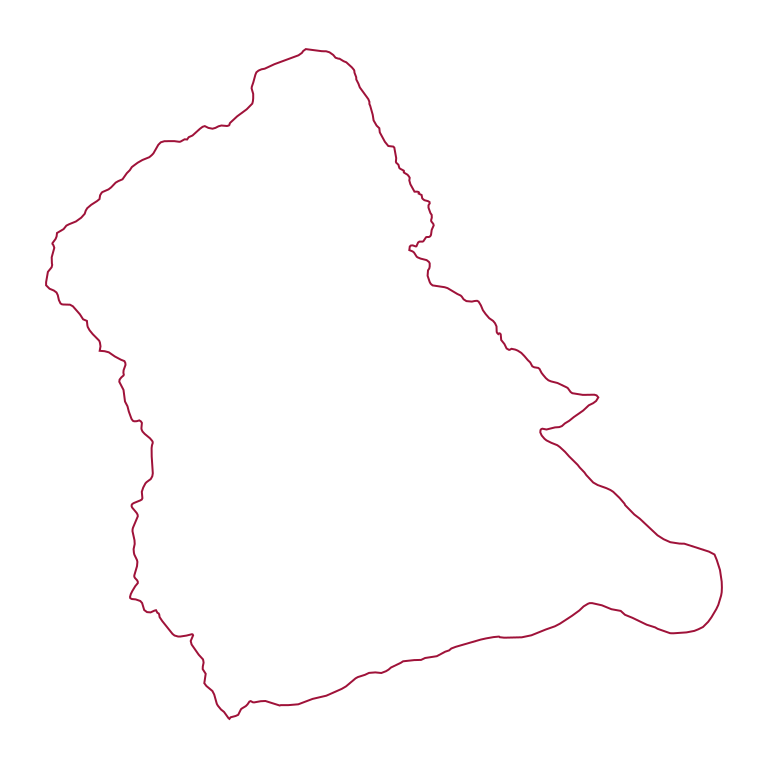 outline of Chinavita, Boyacá, Colombia
{"feature_id": "7082276B18189760139189", "entity_name": "Chinavita", "entity_type": "district", "adm_level": 2, "iso_a3": "COL", "parent_name": "Colombia", "parent_adm1": "Boyacá", "projection": "mercator", "projection_center": [-73.337, 5.21], "detail": "fine", "context": "isolated", "style": "outline", "palette": "rose", "viewbox_px": 768, "rotation_deg": 0, "n_neighbors": 0, "source": "geoboundaries", "source_scale": "gbopen_adm2", "svg_char_len": 6049}
<svg xmlns="http://www.w3.org/2000/svg" viewBox="0 0 768 768"><path d="M670.1,633.2L673.2,633.3L686.5,632.4L694.3,630.9L698.3,629.3L703.0,627.0L708.2,621.8L711.5,617.2L716.3,609.1L718.3,604.9L721.1,595.6L721.7,592.2L721.9,587.5L721.7,581.7L720.0,570.1L716.8,560.1L714.5,554.5L708.9,551.6L684.3,543.7L679.6,543.6L670.3,542.2L663.6,539.2L657.5,535.3L639.8,518.7L634.3,514.5L625.1,505.1L624.5,503.7L619.7,498.1L613.2,491.8L610.4,490.0L606.5,488.2L597.8,485.1L593.2,482.5L586.3,475.1L584.4,472.4L579.8,467.6L577.7,464.9L569.1,456.4L565.1,451.9L559.8,447.0L557.3,445.2L551.3,442.8L546.5,440.4L544.5,438.8L541.7,435.5L540.3,432.4L540.5,430.1L541.3,429.1L542.4,428.7L546.5,429.5L555.0,427.4L559.2,427.1L561.9,426.1L564.9,423.4L569.2,420.8L573.9,417.0L583.1,410.6L588.8,405.3L593.1,403.2L596.1,401.0L598.3,397.4L596.6,395.4L594.3,394.7L582.9,394.9L572.3,393.2L570.6,392.0L567.8,388.1L566.7,387.4L557.5,383.0L551.1,381.4L548.4,380.3L545.9,378.2L543.2,375.0L541.5,372.8L539.5,368.9L538.2,367.9L534.3,367.3L532.3,366.3L530.2,362.4L527.8,360.1L524.5,356.2L521.3,352.9L517.7,350.6L515.3,349.6L511.5,348.8L509.7,349.8L508.9,349.8L506.6,348.5L504.4,344.0L501.2,340.0L500.7,334.3L499.7,333.3L499.1,333.3L498.3,334.1L497.2,333.0L496.7,331.9L496.5,326.4L495.0,323.2L493.1,320.9L489.2,318.2L485.6,314.0L482.9,310.2L480.9,305.4L478.6,301.6L477.1,300.8L474.6,301.0L471.9,301.6L466.4,301.1L463.6,299.3L461.7,296.5L460.6,295.5L457.4,294.0L447.5,288.1L444.6,287.2L432.6,285.4L430.7,283.8L429.7,282.0L427.6,275.8L428.0,270.4L429.3,268.4L429.7,266.5L429.7,263.4L429.0,262.0L426.6,260.1L420.6,258.6L417.7,257.4L416.7,256.7L414.0,252.5L412.6,251.4L409.3,250.1L409.8,246.5L410.9,245.5L412.8,245.4L415.6,246.4L416.4,246.3L418.1,242.5L419.4,241.6L422.6,241.6L423.4,241.2L426.0,237.3L426.8,237.0L428.9,237.0L430.2,236.3L431.0,234.9L431.7,229.9L433.7,225.4L433.3,223.9L431.3,221.4L431.1,220.1L431.8,217.7L431.7,214.9L430.4,213.0L428.5,207.7L428.5,205.3L429.7,203.4L429.5,202.0L427.9,201.1L424.4,200.2L422.7,198.9L422.2,198.2L421.6,195.0L418.7,193.6L419.1,192.8L418.6,192.0L417.3,191.7L414.5,191.7L410.4,184.3L409.3,180.4L409.7,177.8L408.9,176.4L407.5,174.7L404.0,172.6L403.7,172.0L404.0,171.1L403.7,170.6L400.1,168.7L399.3,167.9L398.4,164.7L396.2,162.7L395.9,161.8L396.2,158.1L394.3,147.6L393.3,146.6L388.3,146.0L384.9,141.8L379.8,132.4L379.3,128.2L376.6,125.6L373.6,120.4L372.7,114.7L370.2,105.8L369.4,104.0L369.4,101.8L368.3,99.1L359.8,87.4L358.4,83.6L356.3,79.5L356.2,77.2L354.5,72.7L354.3,70.7L353.9,69.8L351.9,67.4L346.3,62.3L343.6,61.2L339.5,58.7L338.5,58.7L335.5,57.7L333.3,55.0L329.5,52.3L326.2,51.3L321.9,51.2L305.8,49.1L303.2,51.0L301.9,52.9L298.5,55.3L274.4,64.2L264.7,68.7L261.5,69.3L258.5,70.6L256.4,72.3L255.4,74.7L253.3,82.4L251.8,86.8L251.6,88.4L253.2,93.9L253.2,98.3L252.9,101.2L252.3,103.6L246.7,109.3L237.2,116.3L230.5,122.5L229.8,123.3L229.4,124.9L228.8,125.5L227.0,126.0L221.4,125.5L218.5,126.3L215.4,127.9L212.5,128.7L208.4,127.9L204.8,126.1L202.6,126.8L199.8,128.9L192.5,135.5L188.7,137.2L187.1,139.5L184.6,139.3L180.5,141.6L179.3,141.8L174.1,141.1L164.4,141.2L160.8,142.3L158.3,144.8L153.4,153.4L151.7,155.2L149.3,157.2L142.4,160.0L137.7,162.7L134.7,164.9L131.8,167.1L129.8,170.2L126.8,173.2L122.5,179.3L118.3,181.1L115.7,182.6L111.1,187.4L108.5,189.4L102.3,192.1L101.4,193.1L100.1,195.3L99.5,199.1L97.0,201.1L91.2,204.8L87.3,208.1L85.8,210.5L84.7,213.8L81.2,217.7L75.9,221.5L69.2,224.2L66.4,225.6L63.6,229.1L57.0,233.0L56.6,236.4L55.6,238.9L52.5,243.1L52.4,243.8L53.4,245.2L54.3,247.8L51.7,257.3L51.9,263.4L52.2,264.9L51.6,267.3L47.9,271.9L46.1,282.2L46.1,285.3L49.5,288.7L53.8,290.5L56.5,292.5L57.8,295.2L58.9,300.1L60.5,303.4L61.9,304.3L63.4,304.5L70.0,304.7L72.9,306.3L79.9,314.3L83.1,319.3L86.9,320.9L87.4,325.6L87.8,327.1L89.6,330.3L92.7,334.1L99.2,340.7L99.9,342.5L100.5,346.3L99.7,350.8L104.6,351.2L108.8,352.3L114.9,356.5L120.9,359.7L124.4,361.1L125.3,362.9L125.5,364.9L123.6,370.2L123.4,372.8L123.8,374.7L123.5,375.5L121.3,377.4L119.6,379.6L119.3,381.8L123.5,389.9L125.0,401.5L127.5,406.3L128.8,411.5L131.5,418.9L132.9,420.8L134.2,421.3L136.7,421.2L139.3,420.4L140.9,421.4L141.9,422.9L141.4,428.3L141.6,429.5L142.5,431.5L144.7,433.9L150.0,438.3L152.2,440.9L152.7,442.0L152.7,443.1L152.0,445.2L151.6,448.1L151.7,456.4L152.8,473.3L152.3,476.2L150.8,479.0L146.6,482.1L145.4,483.4L143.2,487.6L141.8,491.8L142.4,498.2L141.8,499.5L140.3,500.4L133.9,503.0L132.4,503.9L131.7,504.9L131.6,506.2L132.1,507.5L136.7,513.0L137.6,514.7L137.8,516.3L133.0,527.7L132.6,529.2L132.5,531.2L134.5,540.3L134.7,544.0L133.6,549.1L133.9,552.6L134.3,554.5L137.0,560.1L137.4,561.9L137.0,566.2L134.3,575.4L134.3,576.7L134.9,577.9L137.1,580.3L137.8,581.7L137.8,583.1L135.3,586.1L132.4,590.9L130.8,594.1L130.0,597.0L130.3,598.2L131.8,599.0L135.7,599.4L140.3,601.0L142.1,603.0L144.2,610.0L147.0,612.1L150.6,612.4L154.5,610.6L156.0,610.2L157.4,612.8L158.6,613.4L159.2,614.5L159.6,617.1L162.2,621.0L172.5,633.9L174.5,635.5L178.0,636.5L180.5,636.5L186.4,635.6L192.0,634.2L192.7,634.5L193.1,635.4L190.7,641.0L191.6,644.5L198.7,654.7L203.0,659.4L203.3,660.7L203.6,662.7L202.8,666.5L202.7,669.1L205.7,673.8L204.3,683.2L206.4,686.0L212.4,691.0L214.2,694.5L216.8,703.8L217.8,705.6L221.0,709.5L224.0,711.9L228.6,718.3L229.4,718.9L230.6,717.3L235.6,716.0L238.2,714.8L241.0,709.2L242.0,708.4L245.8,706.1L247.5,704.4L249.4,701.6L250.7,701.1L252.9,702.3L254.2,702.4L260.8,701.2L265.4,701.0L279.7,705.5L280.9,705.1L288.7,705.1L298.3,704.3L312.6,698.9L326.3,695.7L341.7,688.9L346.0,686.4L355.5,678.4L357.8,677.1L365.0,674.8L369.0,672.9L375.3,672.4L381.3,673.0L386.0,671.2L388.6,669.6L391.0,667.5L400.8,662.8L403.1,661.3L414.2,660.1L421.1,659.9L425.1,658.0L436.8,656.2L445.2,651.7L449.1,650.4L451.3,648.5L455.8,646.8L480.7,639.6L486.1,638.4L493.5,637.1L498.7,636.6L499.3,636.7L499.7,637.2L504.3,637.7L521.8,637.3L531.4,635.3L545.8,629.5L554.9,626.3L559.9,623.7L572.0,615.8L579.3,610.5L583.6,606.4L587.9,603.8L589.7,603.1L592.0,603.1L601.9,605.3L611.4,609.2L620.7,610.9L625.0,614.8L632.4,617.8L646.7,624.7L655.2,627.4L657.6,628.8L670.1,633.2Z" fill="none" stroke="#9f1239" stroke-width="2"/></svg>